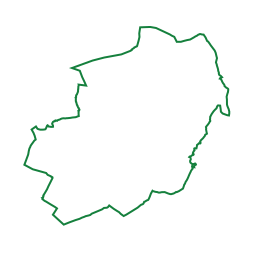 Bø nor, Telemark, Norway, rotated 6°
{"feature_id": "86288312B18605763304298", "entity_name": "Bø nor", "entity_type": "district", "adm_level": 2, "iso_a3": "NOR", "parent_name": "Norway", "parent_adm1": "Telemark", "projection": "mercator", "projection_center": [8.999, 59.44], "detail": "fine", "context": "isolated", "style": "outline", "palette": "green", "viewbox_px": 256, "rotation_deg": 6, "n_neighbors": 0, "source": "geoboundaries", "source_scale": "gbopen_adm2", "svg_char_len": 5585}
<svg xmlns="http://www.w3.org/2000/svg" viewBox="0 0 256 256"><g transform="rotate(6 128 128)"><path d="M223.6,78.8L223.2,78.4L222.3,78.0L221.7,77.6L221.3,77.5L220.7,77.1L220.1,76.5L219.6,76.2L219.5,75.6L219.1,74.7L218.6,74.3L217.6,73.2L216.8,72.0L216.1,70.7L215.3,69.8L215.2,69.4L214.2,69.3L214.4,68.8L216.2,67.7L214.8,66.5L214.4,66.3L213.9,66.0L213.5,65.9L213.2,65.6L212.9,65.1L212.6,64.2L212.7,63.8L212.3,62.8L211.9,62.1L211.7,61.5L211.4,60.1L211.2,59.7L211.0,59.1L209.8,56.4L209.7,55.8L208.6,53.5L209.2,49.2L208.6,47.7L207.3,44.0L206.1,41.9L201.5,37.0L200.9,36.2L198.7,33.7L197.6,33.2L195.7,29.9L193.4,27.2L192.0,27.3L190.1,27.0L189.5,27.1L188.8,27.6L188.2,27.8L186.8,29.1L185.4,29.9L184.6,30.6L180.6,33.5L177.6,34.4L174.9,35.4L171.7,36.7L167.5,37.2L164.5,32.5L161.9,31.6L159.9,30.6L145.4,25.6L139.5,25.2L129.6,26.6L129.3,32.7L129.9,36.3L129.4,40.1L128.5,45.5L128.3,45.6L128.2,45.7L128.0,46.1L127.5,46.2L127.0,46.6L126.7,46.8L126.4,46.9L126.2,47.1L125.8,47.3L125.6,47.8L125.3,48.1L125.0,48.3L124.5,48.7L124.1,48.9L123.9,49.2L123.8,49.4L123.7,49.9L123.6,50.1L123.3,50.3L123.0,50.3L122.7,50.8L122.4,51.0L113.7,55.5L97.0,60.4L85.8,64.6L66.0,74.2L74.1,76.1L77.1,82.1L79.3,85.7L81.9,90.2L74.4,90.0L74.6,90.5L74.5,91.0L74.5,91.3L74.3,91.6L74.3,92.2L74.4,92.8L74.3,93.7L74.5,94.1L74.5,94.5L74.4,94.9L74.3,95.3L74.4,95.8L74.5,96.9L74.3,97.5L74.3,98.0L73.9,98.9L73.7,100.0L73.4,100.3L73.0,100.9L73.1,101.6L73.0,102.2L73.2,102.7L73.1,103.0L72.8,103.2L73.0,103.5L73.1,103.9L73.0,104.2L73.0,104.6L73.2,105.1L73.2,105.4L73.3,105.8L73.2,106.2L73.2,106.4L73.4,107.0L73.7,107.3L73.7,107.8L74.1,108.3L74.3,108.9L74.3,109.2L74.6,109.7L74.7,110.2L75.0,110.4L75.2,110.7L75.3,110.8L75.2,111.0L76.1,112.5L76.3,112.9L76.4,113.0L76.7,113.1L77.0,113.5L77.0,114.0L77.7,114.6L77.8,114.8L77.8,115.1L77.7,115.3L76.8,116.2L77.3,117.0L77.2,117.7L77.4,119.3L77.8,121.3L77.0,121.6L74.9,122.7L71.5,123.4L69.9,123.9L66.6,124.6L65.7,124.7L64.8,125.0L62.6,125.1L61.2,125.5L60.3,126.0L60.0,126.1L59.2,126.8L58.2,127.1L56.9,127.8L56.8,128.2L56.7,128.3L55.2,128.0L54.9,128.1L54.7,128.3L54.7,128.8L54.3,129.1L53.6,129.1L53.2,129.4L52.7,129.9L52.6,130.2L52.4,130.9L52.2,131.1L52.1,131.6L52.4,132.3L53.1,133.3L53.3,134.6L52.6,134.8L51.5,134.9L51.1,134.9L50.5,134.9L50.0,134.8L48.8,134.8L48.7,134.6L47.8,133.7L47.3,134.1L46.5,136.8L46.0,137.9L44.4,138.4L42.2,138.7L40.9,138.8L39.4,138.6L38.2,138.3L38.0,138.2L36.3,136.1L32.3,139.6L34.7,143.0L34.9,143.5L35.9,145.3L37.4,149.1L37.3,149.3L37.0,149.4L36.8,149.7L36.1,150.4L34.3,153.6L34.0,154.0L33.0,155.9L32.8,156.9L32.1,158.7L31.7,161.5L31.7,162.0L31.5,164.9L30.5,168.8L30.1,170.4L28.8,175.4L37.6,179.0L51.3,181.3L53.0,183.0L55.8,183.9L56.8,184.3L57.0,184.7L57.9,184.8L58.2,185.5L58.0,186.1L54.9,194.3L53.9,197.4L51.9,201.8L51.1,203.3L51.2,203.5L51.0,204.2L51.0,204.3L50.7,204.6L51.0,205.1L50.8,205.6L50.8,206.3L50.7,206.5L50.3,206.5L50.0,206.6L50.5,207.2L50.5,207.5L50.4,207.7L52.7,209.2L54.1,209.7L58.9,212.0L63.7,214.2L65.8,215.4L62.4,222.1L74.2,230.8L79.9,227.8L85.6,225.0L89.3,223.4L91.7,221.9L93.0,221.3L94.2,220.7L94.9,220.2L98.0,219.1L99.6,218.4L100.9,217.0L110.6,211.7L112.5,210.0L115.3,209.5L116.3,208.8L117.4,207.0L122.3,209.9L126.5,212.0L127.5,212.4L128.0,212.7L129.8,214.2L132.9,216.0L133.9,215.3L135.3,214.4L145.9,206.2L148.4,203.6L149.3,202.8L149.9,202.6L150.7,202.2L151.3,201.5L151.4,201.1L151.8,199.7L152.3,199.6L154.2,198.1L155.6,197.4L156.1,196.3L156.8,194.1L157.7,190.6L157.8,190.5L158.9,187.9L159.2,188.1L160.8,188.4L161.8,188.6L164.1,188.7L164.9,189.0L165.8,189.0L166.8,188.8L167.8,188.4L169.5,188.1L170.0,188.1L171.2,187.9L174.7,188.9L176.6,189.3L177.6,189.3L178.5,189.1L178.9,188.8L180.2,188.4L182.1,187.0L182.5,186.6L183.0,186.7L183.3,186.6L185.2,185.5L189.0,182.5L189.6,179.9L189.8,179.0L189.8,178.5L190.5,177.4L190.8,176.1L191.0,175.4L191.8,174.0L192.3,172.8L193.0,170.8L193.4,169.4L193.8,168.1L194.2,166.9L194.3,166.6L194.9,165.0L194.9,164.9L195.0,164.5L195.4,163.5L195.7,163.1L196.0,162.3L196.5,161.8L196.5,161.5L196.6,161.3L196.0,160.2L195.8,159.9L195.7,159.2L195.8,159.0L196.5,159.4L198.0,159.9L197.8,159.0L197.7,158.8L197.8,158.6L198.0,158.2L199.3,157.5L199.4,157.3L199.2,157.0L199.0,156.6L198.7,156.3L198.1,156.4L197.1,157.0L195.9,157.1L195.2,156.9L194.0,156.1L193.8,155.9L193.4,155.3L193.2,154.2L193.5,153.2L193.7,152.8L193.7,152.4L193.6,152.1L193.3,151.2L193.0,150.6L192.9,150.5L192.0,150.4L192.1,150.2L192.4,149.9L192.9,149.9L193.3,149.7L194.7,148.3L195.4,148.2L195.9,147.8L196.0,147.5L195.6,147.2L195.7,146.9L195.2,146.6L195.1,146.3L195.2,145.9L195.3,145.7L195.3,145.3L195.8,144.5L195.9,143.9L196.1,143.7L196.4,143.5L196.5,143.3L196.4,143.1L196.1,142.1L196.0,141.8L196.1,141.4L196.7,141.1L197.4,141.2L198.2,141.1L198.4,139.2L198.4,138.3L198.5,137.5L199.0,137.2L199.8,136.2L200.0,136.0L200.3,135.6L200.5,135.6L201.1,135.9L201.3,135.9L201.6,135.7L201.7,135.3L201.6,134.7L201.4,134.1L201.2,133.8L201.3,133.7L201.5,133.2L201.7,132.7L203.8,130.2L204.4,129.1L205.1,128.2L205.5,126.6L206.7,125.8L207.1,125.4L206.6,124.0L205.8,121.3L205.8,119.9L205.4,118.9L205.9,118.0L207.0,116.4L208.1,114.5L208.3,113.9L208.4,113.5L209.0,112.8L209.1,112.4L209.0,112.0L208.6,111.3L208.7,110.8L208.7,110.5L208.7,110.2L208.6,108.7L208.6,108.2L208.8,108.0L209.0,107.2L209.8,105.3L211.4,102.4L212.8,100.5L213.8,99.4L214.1,98.8L214.2,98.4L214.1,98.2L214.3,97.6L214.6,96.8L215.2,96.1L217.3,96.1L218.3,100.0L218.7,102.1L220.6,103.7L225.4,104.9L227.1,105.0L227.2,103.1L227.0,101.0L226.4,99.5L226.2,98.8L225.4,97.4L224.6,95.9L224.0,94.4L223.4,89.3L222.8,86.6L223.4,82.8L223.6,82.4L223.7,80.9L223.7,79.6L223.6,78.8Z" fill="none" stroke="#15803d" stroke-width="2"/></g></svg>